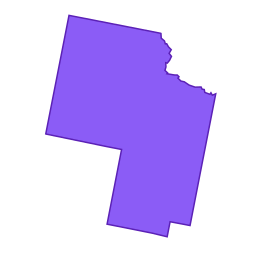 Meade, South Dakota, United States of America (Mercator projection), rotated 281°
{"feature_id": "52423323B5171660117524", "entity_name": "Meade", "entity_type": "district", "adm_level": 2, "iso_a3": "USA", "parent_name": "United States of America", "parent_adm1": "South Dakota", "projection": "mercator", "projection_center": [-102.545, 44.59], "detail": "fine", "context": "isolated", "style": "filled", "palette": "violet", "viewbox_px": 256, "rotation_deg": 281, "n_neighbors": 0, "source": "geoboundaries", "source_scale": "gbopen_adm2", "svg_char_len": 745}
<svg xmlns="http://www.w3.org/2000/svg" viewBox="0 0 256 256"><g transform="rotate(281 128 128)"><path d="M106.5,48.4L106.4,49.1L105.7,110.5L105.7,125.8L29.6,125.8L29.4,171.7L28.7,187.2L44.0,187.2L44.1,200.0L44.1,207.5L63.9,207.5L84.6,207.5L91.0,207.5L94.8,207.5L178.3,207.6L176.3,204.5L178.4,202.7L176.7,202.0L177.6,196.6L180.3,195.5L180.3,193.3L182.2,191.9L180.9,186.1L181.8,179.8L184.1,174.4L184.2,170.9L186.5,167.5L188.0,168.3L189.4,166.3L188.9,163.4L188.7,155.9L189.6,156.4L191.6,153.3L195.2,153.6L199.3,152.6L199.2,154.2L202.4,155.9L206.6,157.0L209.1,154.1L213.1,155.5L215.4,152.2L218.1,149.9L217.7,148.6L220.4,147.2L222.5,143.5L227.1,142.3L227.2,142.1L227.3,48.6L106.5,48.4Z" fill="#8b5cf6" stroke="#5b21b6" stroke-width="1.5"/></g></svg>